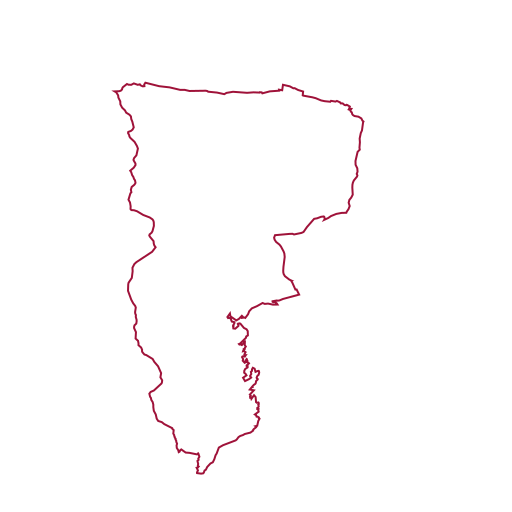 outline of Capreni, Gorj, Romania, rotated 346°
{"feature_id": "2599482B54330131448455", "entity_name": "Capreni", "entity_type": "district", "adm_level": 2, "iso_a3": "ROU", "parent_name": "Romania", "parent_adm1": "Gorj", "projection": "equal_earth", "projection_center": [23.598, 44.73], "detail": "fine", "context": "isolated", "style": "outline", "palette": "rose", "viewbox_px": 512, "rotation_deg": 346, "n_neighbors": 0, "source": "geoboundaries", "source_scale": "gbopen_adm2", "svg_char_len": 6104}
<svg xmlns="http://www.w3.org/2000/svg" viewBox="0 0 512 512"><g transform="rotate(346 256 256)"><path d="M284.4,288.4L282.6,286.9L279.2,282.6L278.5,280.3L278.5,278.6L278.9,276.7L280.0,273.2L283.6,263.9L284.1,260.5L283.9,258.4L282.5,252.8L281.5,250.6L278.9,247.2L278.0,244.6L278.0,242.6L279.5,240.4L294.1,242.7L296.8,243.3L298.1,244.3L305.7,244.6L307.9,244.2L312.5,240.2L321.4,234.0L324.4,234.2L328.5,233.7L331.3,234.0L331.7,234.5L331.6,235.4L332.0,236.4L331.0,237.4L335.3,236.6L338.4,235.4L344.1,234.6L349.5,234.9L354.1,235.9L354.8,234.9L357.0,233.0L359.0,230.2L358.8,226.7L360.2,224.1L362.5,222.4L364.7,219.9L366.0,213.0L366.8,210.2L367.8,208.2L369.2,206.4L373.2,203.4L373.9,202.3L373.6,200.7L374.9,198.8L375.5,195.4L374.7,191.6L375.5,187.9L379.8,179.5L382.4,177.9L382.6,175.9L384.3,170.9L385.0,167.1L387.4,162.1L389.2,159.8L392.2,152.3L392.8,151.5L392.0,150.4L391.5,148.0L389.1,145.6L385.4,144.0L384.1,142.6L383.7,141.7L383.7,139.8L382.9,138.8L382.9,137.3L382.2,136.8L383.8,136.6L384.1,136.3L382.0,135.6L383.2,133.7L381.1,131.6L380.5,131.2L379.7,131.5L378.4,130.9L377.0,128.9L375.1,128.4L374.9,127.4L372.0,125.1L370.5,125.4L366.3,123.6L365.4,124.3L360.1,122.4L356.8,120.8L352.1,117.3L349.0,115.6L340.6,111.8L340.2,111.4L341.5,107.8L337.0,105.1L334.1,102.5L332.8,102.3L329.9,99.6L323.6,96.4L321.5,101.5L318.6,100.2L318.5,101.2L309.3,99.6L301.5,99.7L301.1,98.6L299.3,98.0L299.0,98.3L293.2,96.6L286.8,95.5L273.4,91.1L266.8,90.6L264.4,91.3L257.7,88.0L249.3,85.0L248.7,84.2L247.3,83.5L231.4,79.8L226.9,77.5L222.5,76.4L213.0,71.5L203.1,67.8L190.6,61.1L189.0,62.6L188.8,64.2L187.2,64.0L185.2,62.4L184.8,61.3L182.7,61.3L179.2,59.0L176.4,59.7L173.8,59.0L172.4,57.9L167.7,60.0L166.8,60.9L166.3,62.0L164.8,62.9L163.1,63.0L158.7,62.1L160.0,63.4L161.1,66.8L160.8,69.0L161.7,73.1L161.1,76.1L162.0,79.7L164.1,83.0L164.7,85.5L167.4,88.3L168.4,90.3L168.1,93.0L168.5,95.7L168.5,101.6L166.8,103.5L164.9,104.4L162.1,104.7L161.6,105.7L162.2,108.1L162.1,109.5L162.7,111.1L165.8,115.9L167.1,120.5L167.4,123.2L164.3,129.4L161.5,131.4L160.5,132.8L160.4,133.6L161.4,137.1L161.1,138.6L158.8,140.7L154.6,142.8L155.2,144.4L155.4,147.6L156.1,149.5L156.3,151.7L156.9,153.3L156.8,155.7L156.4,156.4L155.1,157.5L152.1,158.9L150.6,161.5L150.5,164.0L149.3,164.8L145.9,170.5L146.7,173.6L146.4,177.4L145.6,180.1L146.2,181.3L148.7,182.1L151.4,183.8L156.5,188.9L162.2,192.9L164.4,195.4L164.9,196.7L165.0,198.4L164.2,202.1L161.6,206.8L160.4,208.1L158.0,209.3L157.4,210.3L157.8,211.8L160.2,216.8L159.8,219.2L159.9,221.2L160.7,223.2L156.2,226.8L138.5,233.0L136.0,234.4L133.3,237.5L132.6,241.0L130.2,247.2L125.9,251.1L125.2,252.5L123.4,258.8L124.4,268.2L125.4,272.2L126.7,275.2L126.9,276.9L125.1,281.2L124.9,282.8L125.2,284.2L124.6,286.1L124.7,289.0L124.4,290.4L123.5,292.6L121.3,293.9L120.5,295.4L120.3,296.6L121.1,300.8L119.2,307.0L121.0,309.7L120.9,312.2L120.4,314.1L122.4,317.0L122.8,319.4L122.4,320.7L122.5,321.8L123.9,324.6L125.6,325.6L130.8,330.9L131.7,334.1L134.3,339.3L135.6,346.7L133.9,350.6L134.9,353.9L134.2,355.8L133.5,356.8L124.4,361.8L120.9,362.4L119.2,363.8L119.2,367.0L119.7,368.3L119.6,370.3L120.4,372.7L120.4,375.4L119.8,377.8L119.4,381.5L120.4,385.5L120.3,389.8L121.2,392.4L124.4,394.4L126.3,396.9L133.0,402.7L132.9,403.2L134.0,405.0L132.8,408.3L133.3,410.0L133.1,410.7L133.4,411.7L133.2,412.5L133.8,413.8L133.5,414.6L133.9,415.7L133.7,417.1L134.0,419.0L133.1,420.6L132.7,423.1L133.6,425.7L133.6,427.6L134.4,427.4L135.7,426.0L136.7,425.6L140.2,429.7L143.8,430.9L150.5,434.1L151.0,434.2L152.1,433.5L152.3,434.0L152.5,437.1L151.0,438.6L151.0,439.9L149.6,440.7L149.6,443.7L148.8,445.5L148.9,446.0L149.4,446.4L148.5,447.1L147.2,447.1L147.8,450.0L146.4,451.7L146.3,452.4L150.1,453.9L152.2,454.1L153.0,453.5L154.2,451.7L155.7,451.2L157.6,448.9L161.6,446.3L164.2,445.7L166.4,443.1L168.6,439.5L170.0,438.2L173.6,432.9L178.3,431.6L191.6,430.0L192.9,429.4L195.2,427.5L197.2,426.8L200.0,426.6L202.1,426.0L207.9,426.0L211.0,424.7L211.1,424.1L211.8,423.5L214.8,422.1L215.0,421.7L214.4,421.0L216.1,421.0L218.3,416.6L220.0,414.8L219.5,414.2L219.8,413.8L219.7,413.3L218.7,412.3L217.7,412.0L217.6,410.5L216.6,409.5L220.9,407.7L220.9,406.0L221.4,405.2L220.2,404.7L220.6,403.6L221.5,403.5L222.3,402.4L222.2,400.8L222.8,400.5L223.1,399.3L222.9,398.7L221.3,398.6L220.7,397.8L221.5,392.8L220.4,390.6L217.0,393.5L217.0,392.3L216.1,392.2L216.2,391.0L217.1,390.4L216.5,389.0L221.4,385.8L217.7,384.1L220.1,382.3L220.9,382.4L220.9,381.7L222.7,380.5L224.4,379.9L225.1,379.1L225.8,377.4L227.8,376.2L227.9,375.7L227.2,374.9L227.2,374.1L228.5,372.5L229.8,371.9L230.9,369.9L231.0,368.5L230.8,368.1L229.5,368.0L227.5,368.3L227.4,365.0L225.9,363.7L224.7,365.0L224.3,366.5L223.0,367.2L222.9,369.3L221.2,371.0L221.9,372.8L219.4,373.8L215.1,374.7L214.0,371.0L217.9,369.5L217.4,367.9L216.3,366.4L216.9,364.5L218.2,363.0L220.8,362.1L220.7,361.4L221.1,361.0L220.3,360.5L220.4,359.9L223.2,358.5L222.9,357.8L221.8,357.0L222.3,355.5L221.9,355.0L222.2,354.0L222.0,353.7L220.2,355.4L219.9,356.7L219.2,356.9L217.8,354.4L218.6,353.0L218.0,350.7L218.6,350.2L220.0,350.3L220.8,350.9L222.0,349.8L221.3,349.7L220.9,348.7L222.6,346.8L221.4,345.3L220.4,345.3L221.0,344.3L222.1,343.8L221.9,343.3L222.7,343.2L222.9,342.5L224.2,341.4L223.5,339.8L224.5,336.4L223.7,336.5L223.0,337.5L220.7,339.0L220.2,338.6L220.2,337.8L218.5,337.9L218.2,337.3L219.4,337.1L226.5,332.9L227.0,331.7L228.9,331.1L229.8,326.9L229.1,324.8L226.9,322.9L224.5,317.9L223.8,317.4L222.2,317.3L221.9,317.5L222.3,318.8L222.0,319.6L218.3,321.5L216.5,320.8L216.7,319.4L217.2,318.7L216.8,318.4L217.0,317.8L218.7,316.1L219.1,315.0L216.7,313.8L216.4,312.1L216.5,311.3L216.1,310.4L214.9,309.5L213.9,309.5L213.5,308.3L216.8,305.5L216.6,307.7L216.9,308.7L221.3,313.7L224.2,312.9L227.8,310.6L228.3,311.4L227.2,312.1L227.2,312.6L229.9,312.9L230.6,313.5L234.2,310.6L236.0,308.0L239.3,305.8L244.8,304.9L251.0,303.2L252.9,304.6L256.2,305.1L260.7,307.3L265.1,308.3L264.6,306.8L263.8,306.1L263.9,305.6L263.4,305.1L261.5,305.0L261.0,304.4L261.1,303.9L265.5,304.2L266.2,304.6L267.9,304.8L271.9,304.2L288.5,303.9L287.3,298.3L286.1,298.1L284.8,290.7L284.1,288.4L284.4,288.4Z" fill="none" stroke="#9f1239" stroke-width="2"/></g></svg>